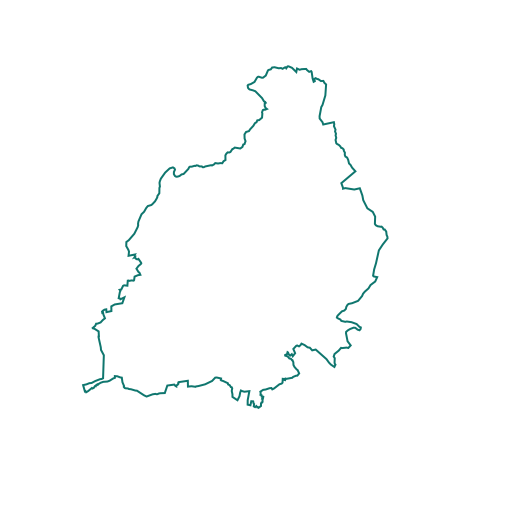 Brusturi, Bihor, Romania, rotated 293°
{"feature_id": "2599482B67596025009849", "entity_name": "Brusturi", "entity_type": "district", "adm_level": 2, "iso_a3": "ROU", "parent_name": "Romania", "parent_adm1": "Bihor", "projection": "equal_earth", "projection_center": [22.262, 47.138], "detail": "fine", "context": "isolated", "style": "outline", "palette": "teal", "viewbox_px": 512, "rotation_deg": 293, "n_neighbors": 0, "source": "geoboundaries", "source_scale": "gbopen_adm2", "svg_char_len": 6116}
<svg xmlns="http://www.w3.org/2000/svg" viewBox="0 0 512 512"><g transform="rotate(293 256 256)"><path d="M441.3,253.5L442.1,251.3L443.5,249.6L442.4,247.4L443.1,244.3L442.8,243.3L443.0,241.4L442.1,240.7L441.1,240.9L439.9,241.8L438.9,241.0L441.6,238.7L447.2,235.3L447.7,234.5L446.3,233.0L447.1,230.3L447.8,229.1L445.8,225.0L444.5,223.4L444.6,220.5L441.1,221.2L443.3,215.6L443.3,211.9L442.9,211.0L440.6,210.5L441.3,209.5L441.0,209.0L438.7,207.3L438.8,205.6L437.7,203.6L437.0,199.3L435.8,197.2L433.6,196.7L432.2,194.9L431.5,194.5L425.9,194.5L422.9,192.8L422.4,191.8L422.1,188.4L421.6,187.7L420.5,187.2L415.6,186.6L412.2,184.0L410.6,182.0L409.7,181.7L407.7,182.9L407.0,184.2L406.8,185.1L407.3,188.4L407.4,191.0L403.7,199.9L401.5,202.9L401.4,204.2L400.8,205.1L399.9,204.4L397.4,205.4L396.0,207.0L395.6,208.6L394.1,207.1L393.8,206.1L393.0,205.3L390.6,205.4L389.6,206.2L385.7,207.5L382.3,205.8L381.4,204.2L379.3,204.2L377.8,203.1L374.8,202.7L370.4,201.1L368.2,200.7L366.3,198.4L363.4,197.9L359.7,199.6L357.6,201.5L354.5,201.7L353.6,200.7L351.1,200.9L348.8,199.5L347.5,194.1L345.7,193.1L345.3,192.5L341.7,191.8L340.8,190.9L340.3,189.4L338.5,188.7L336.7,188.5L332.4,190.4L330.6,189.1L328.2,188.7L327.6,186.9L326.3,184.9L325.6,182.2L323.8,181.5L322.1,180.1L322.1,179.3L318.6,174.3L317.3,173.2L316.9,172.2L317.3,171.1L316.4,169.0L316.6,167.3L316.2,165.8L315.3,165.2L315.0,164.2L313.1,161.9L312.4,160.3L311.6,159.8L309.7,159.7L303.2,157.3L302.0,155.6L299.8,154.4L298.5,152.9L297.8,151.6L298.0,150.1L299.3,148.4L301.3,147.6L303.8,147.7L304.8,146.7L305.1,144.9L302.9,142.3L297.3,139.8L290.0,138.2L287.2,138.3L285.6,138.6L282.4,140.4L280.9,140.5L276.0,142.5L272.7,141.8L271.4,142.2L270.0,142.1L266.9,141.7L263.1,140.3L262.0,139.7L259.7,136.9L257.3,136.2L253.0,135.7L249.7,134.3L241.8,134.3L239.3,134.9L238.5,135.5L236.3,135.8L228.9,135.3L220.8,132.7L218.2,131.2L214.4,132.7L211.8,136.1L210.4,137.4L206.4,138.6L210.1,144.0L209.1,143.9L208.4,144.9L207.4,144.7L207.9,145.2L207.0,145.4L206.4,147.2L206.7,148.4L207.4,148.9L204.9,152.9L204.3,153.3L203.6,153.1L200.8,151.7L197.6,150.9L195.4,154.0L195.1,155.2L193.5,156.9L192.2,154.8L189.6,152.3L186.2,153.2L185.5,153.0L184.9,151.0L183.6,149.1L183.6,148.2L183.2,147.6L178.4,149.2L177.5,146.1L176.6,145.3L172.6,145.1L171.6,143.7L170.9,144.8L169.5,144.8L163.5,146.1L163.7,147.5L163.2,148.1L166.5,151.0L160.3,151.4L156.2,144.9L153.1,142.5L148.8,144.4L145.9,140.3L148.4,139.0L147.4,137.5L145.9,136.5L144.7,136.0L143.5,136.8L144.0,137.4L142.4,138.5L139.6,141.3L137.2,140.0L134.1,138.9L131.8,136.5L131.2,135.3L128.9,135.3L125.9,133.8L125.7,134.1L125.9,135.7L125.1,140.6L120.6,142.8L120.4,142.5L119.7,142.8L111.3,148.8L109.0,150.0L105.2,154.7L83.7,163.0L82.5,162.0L81.7,160.6L78.1,156.9L74.9,154.3L73.8,152.3L71.6,150.1L69.6,147.3L64.5,151.4L65.0,151.8L64.2,152.9L66.1,154.3L70.4,156.5L70.1,157.2L71.2,158.2L73.2,158.5L73.5,159.4L74.4,159.2L75.9,160.1L75.6,160.7L77.0,161.3L78.7,162.6L80.5,164.6L82.4,168.3L84.0,170.0L87.5,172.4L88.7,173.7L90.3,173.0L91.1,175.4L91.2,178.5L91.6,180.0L87.6,182.4L84.7,185.4L83.9,185.4L83.2,186.7L83.3,187.8L84.0,189.8L83.9,191.0L84.5,193.0L85.0,197.5L85.5,199.0L84.0,207.5L83.9,210.2L88.3,214.9L89.8,217.3L89.9,218.4L90.4,219.4L91.3,220.1L92.2,221.4L94.2,225.6L102.1,225.0L105.7,231.0L104.9,232.6L104.8,233.6L105.7,233.2L106.7,234.1L108.1,234.5L108.6,234.0L109.6,234.0L114.5,242.0L109.2,244.4L110.9,247.5L112.0,251.5L112.5,251.7L113.7,253.7L118.0,259.3L123.8,264.4L128.1,266.0L128.8,267.3L129.6,271.7L128.1,272.0L127.9,272.6L128.1,274.6L127.9,279.8L126.9,280.5L126.8,282.3L125.5,284.1L125.7,284.9L124.9,285.8L122.3,286.4L119.6,288.3L117.1,289.4L116.0,295.3L120.4,295.6L124.1,294.8L126.3,294.7L126.2,295.8L126.5,298.3L129.0,302.7L120.0,304.7L115.9,306.4L116.4,309.2L120.5,308.4L121.1,310.2L119.3,311.4L119.0,312.1L116.7,312.7L116.5,314.2L118.0,314.9L117.2,316.3L117.7,316.7L117.3,317.7L119.9,319.2L122.2,318.2L123.3,318.3L123.6,319.0L124.4,319.0L125.9,318.3L127.3,318.1L127.1,317.4L128.3,317.4L128.9,317.8L129.3,317.7L129.3,317.0L128.9,316.1L130.1,315.4L129.9,314.4L131.8,313.8L132.8,313.0L135.6,314.9L136.9,317.1L139.5,320.0L140.5,321.8L139.6,323.1L141.0,324.3L147.1,327.7L148.5,329.4L149.1,329.7L149.8,329.9L153.4,328.6L153.6,329.3L152.8,329.4L153.1,331.3L154.7,331.1L154.8,332.0L158.1,337.0L159.2,337.4L161.5,339.7L162.0,340.8L164.8,341.6L167.3,338.8L167.4,337.9L168.9,334.8L170.3,333.1L172.9,331.8L174.3,330.3L174.1,330.0L175.1,328.2L174.7,326.8L175.9,324.4L175.7,321.8L176.2,321.5L177.8,322.9L179.8,322.6L179.7,323.2L178.4,324.4L177.6,326.3L179.6,327.3L178.1,329.0L181.8,330.0L185.0,326.7L188.9,328.1L189.7,328.8L189.6,330.9L191.3,331.8L193.1,332.1L193.0,335.5L192.1,339.2L192.6,341.4L191.1,344.6L193.2,347.5L188.6,361.2L186.4,364.8L185.3,367.4L184.5,371.5L187.0,371.6L187.5,370.7L188.5,370.0L192.7,368.4L193.8,366.8L196.5,366.6L201.2,369.1L204.7,370.2L204.8,371.1L207.1,375.2L207.4,376.9L210.7,378.1L213.3,373.6L220.1,369.0L221.4,368.6L223.6,369.7L225.6,371.2L228.2,373.9L228.7,375.5L227.9,378.3L228.1,380.3L229.7,380.8L231.2,380.4L231.2,378.9L232.7,375.2L232.4,369.8L231.2,365.2L230.3,363.9L229.6,359.9L230.5,358.5L230.6,355.9L230.9,354.5L232.2,354.3L233.7,354.7L238.6,356.7L240.3,358.6L242.4,359.4L244.5,359.0L246.7,359.3L248.0,359.9L250.1,362.9L254.6,367.5L260.6,369.3L263.1,369.3L265.7,370.1L270.1,372.2L274.1,372.8L279.1,375.7L283.9,375.8L283.2,372.4L283.6,371.5L289.8,370.0L296.2,369.3L309.2,366.9L316.2,368.2L323.6,370.2L325.1,369.4L326.4,368.0L329.4,366.3L330.7,364.1L330.3,363.1L331.6,361.5L332.1,360.1L331.7,359.5L330.9,356.3L331.1,354.3L332.0,352.9L338.8,350.3L342.2,346.3L343.4,339.9L349.3,332.9L353.2,330.3L358.9,325.1L355.6,320.5L353.4,311.7L352.0,309.8L352.7,309.5L356.4,306.1L372.8,314.4L374.9,309.9L376.8,307.4L377.5,305.5L380.6,303.2L382.2,301.4L382.5,299.4L383.8,298.2L385.9,297.4L387.1,295.8L388.3,295.1L389.0,293.4L388.8,292.1L389.8,290.9L390.6,288.9L390.8,286.7L391.1,285.9L393.9,283.9L396.1,283.7L398.2,282.1L399.7,281.9L401.6,280.1L403.4,279.8L406.0,277.0L407.8,276.6L409.6,275.4L403.3,266.5L405.1,265.0L407.4,260.9L409.5,259.9L418.6,257.9L421.0,258.2L430.9,257.1L441.3,253.5Z" fill="none" stroke="#0f766e" stroke-width="2"/></g></svg>